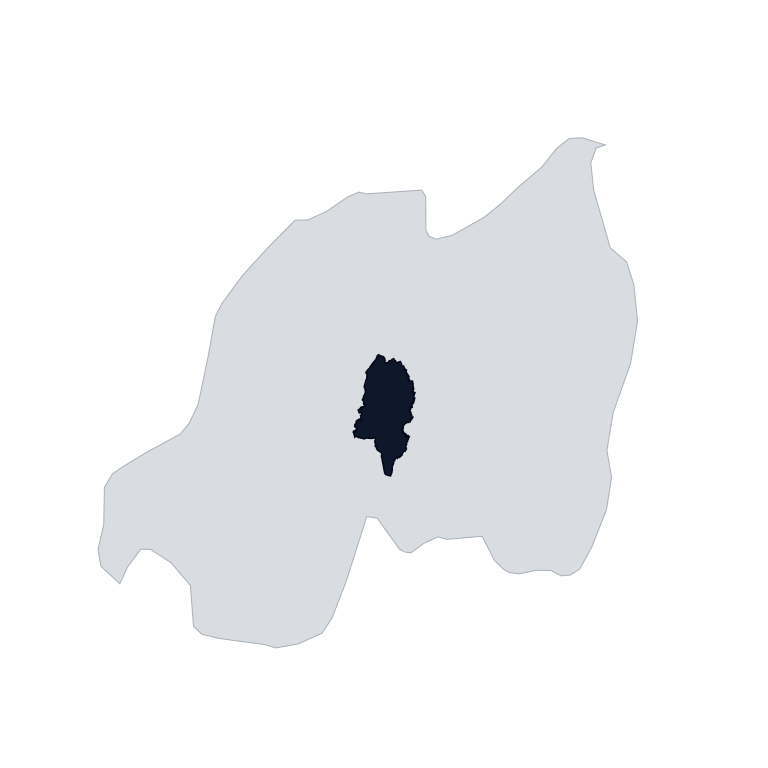 Kamonyi, Southern, Rwanda (highlighted), rotated 14°
{"feature_id": "39286606B23352434464252", "entity_name": "Kamonyi", "entity_type": "district", "adm_level": 2, "iso_a3": "RWA", "parent_name": "Rwanda", "parent_adm1": "Southern", "projection": "equal_earth", "projection_center": [29.885, -2.028], "detail": "fine", "context": "in_parent", "style": "filled", "palette": "ink", "viewbox_px": 768, "rotation_deg": 14, "n_neighbors": 0, "source": "geoboundaries", "source_scale": "gbopen_adm2", "svg_char_len": 7093}
<svg xmlns="http://www.w3.org/2000/svg" viewBox="0 0 768 768"><g transform="rotate(14 384 384)"><path d="M313.2,203.9L321.2,203.7L373.8,186.7L379.1,192.0L387.5,224.9L392.0,229.7L399.4,230.9L414.1,223.3L441.2,197.6L453.0,182.0L466.9,160.0L484.7,135.2L494.6,113.6L504.3,100.9L517.0,97.1L531.1,98.1L540.9,98.5L532.8,103.7L531.2,119.5L540.4,144.8L570.6,197.2L589.9,206.8L602.4,227.2L614.7,261.5L618.3,304.4L613.3,356.0L616.3,394.4L627.4,419.6L630.3,452.2L625.0,492.4L618.6,516.4L611.0,524.3L602.4,527.3L590.8,524.6L576.6,528.0L561.2,535.5L551.5,536.6L545.4,535.1L534.1,528.7L516.1,508.0L482.5,519.5L473.4,519.2L461.1,529.1L451.1,541.2L445.0,542.0L438.8,540.4L409.9,515.9L399.4,516.7L395.0,585.4L390.2,623.6L384.3,640.6L363.6,657.0L342.8,666.3L331.4,665.7L285.6,670.8L267.7,670.9L257.8,665.2L244.9,626.3L220.7,609.0L197.4,600.9L187.9,603.2L179.5,623.5L176.0,641.8L153.4,629.3L146.6,613.8L146.0,587.7L137.7,551.9L142.3,536.7L151.2,526.8L169.9,507.9L198.4,481.8L204.5,469.3L208.6,448.5L206.7,400.1L204.0,359.2L207.4,344.7L220.4,313.1L237.8,280.7L258.2,246.5L270.5,243.2L286.6,230.3L303.6,211.1L313.2,203.9Z" fill="#d9dde1" stroke="#a8b0b8" stroke-width="1"/><path d="M412.2,376.7L411.6,376.1L411.4,375.1L410.9,374.2L410.5,374.3L410.7,375.1L410.5,375.4L409.5,374.7L408.8,375.2L408.4,375.1L408.1,374.7L407.4,374.8L407.2,374.4L407.5,373.5L407.0,373.4L406.7,372.5L406.5,372.4L406.1,372.6L405.8,372.3L406.0,371.6L406.5,371.0L406.5,370.7L406.4,370.5L405.8,370.4L405.1,369.3L404.7,369.2L404.1,369.4L403.9,369.3L403.8,368.3L403.7,368.0L403.2,367.6L402.6,367.5L402.4,367.1L402.3,366.8L402.5,365.6L402.4,365.0L401.3,364.5L400.6,365.0L400.3,364.9L399.7,362.9L399.1,362.9L398.6,361.7L397.0,362.3L396.5,362.3L396.4,361.7L396.5,361.0L396.4,360.6L394.5,358.2L393.4,358.8L392.5,359.9L391.4,359.8L390.7,360.0L390.1,359.8L389.5,358.7L388.2,358.2L387.8,357.4L387.1,357.1L385.8,358.2L385.2,359.6L384.0,359.9L383.5,360.3L383.2,360.6L383.1,361.5L382.9,361.9L381.5,362.6L380.8,363.3L380.4,363.5L379.6,362.9L379.4,362.2L379.4,360.9L378.4,358.9L377.6,358.2L376.3,357.5L375.3,357.7L374.4,357.4L374.1,357.4L373.3,358.0L372.8,357.3L372.3,357.2L371.9,356.8L370.9,357.8L370.6,358.2L370.8,358.8L370.6,359.4L370.8,360.0L370.4,360.1L370.5,360.7L370.2,361.3L370.4,362.4L370.3,363.0L369.7,363.0L369.6,364.3L369.1,364.3L368.8,364.7L368.8,365.3L368.5,365.7L368.5,366.0L368.1,366.3L368.3,366.7L367.9,366.9L367.9,368.0L367.2,368.2L367.3,368.7L367.2,369.4L366.8,369.7L366.8,370.4L366.3,370.6L366.3,371.5L366.1,372.3L365.4,373.2L365.3,373.7L364.8,374.0L364.5,374.6L364.5,376.0L363.9,376.1L363.7,376.4L364.0,377.9L365.0,378.1L365.2,379.0L365.9,382.4L365.8,383.1L365.9,383.5L365.7,383.9L365.8,384.2L365.4,385.4L365.5,386.3L365.4,386.7L365.6,387.7L365.4,388.9L365.6,389.3L365.3,391.0L365.9,391.9L365.9,392.4L366.6,392.7L366.8,393.0L366.9,393.9L367.2,394.1L367.7,395.6L368.0,397.6L367.9,398.0L367.7,398.3L367.8,399.2L367.2,400.1L367.1,401.1L367.4,402.9L366.9,403.7L366.9,404.7L367.1,404.9L367.6,404.9L368.5,405.8L368.7,406.7L369.0,407.6L368.9,407.9L369.3,408.7L369.5,408.9L370.3,409.0L370.5,408.9L370.6,409.6L370.3,410.0L370.1,411.0L369.3,411.3L368.9,411.2L367.9,411.6L367.3,412.3L367.3,412.6L367.0,412.6L367.0,413.0L366.3,414.5L365.3,415.1L365.2,415.4L366.9,418.1L367.3,418.0L367.8,417.3L368.7,416.9L368.7,417.4L369.0,417.8L369.5,417.9L369.5,419.3L369.2,420.1L368.9,420.3L369.5,421.0L369.6,422.6L369.8,423.1L370.7,423.9L371.3,424.8L371.0,424.8L370.6,425.4L370.3,425.5L370.0,425.5L368.4,424.0L367.5,425.3L367.0,425.4L366.4,426.3L366.7,426.4L366.7,426.7L366.3,427.0L366.5,427.1L366.6,427.7L366.5,427.8L366.8,428.1L366.4,428.4L366.6,428.8L366.4,428.9L366.4,429.5L366.3,429.3L365.6,430.1L365.5,430.9L365.7,431.1L365.7,432.1L366.1,432.6L366.9,432.8L367.4,433.3L367.7,433.3L368.3,433.7L368.7,434.2L368.6,435.0L369.0,436.2L368.9,436.5L367.7,435.7L367.6,436.4L366.2,436.7L366.2,437.6L365.9,437.5L365.7,438.1L366.4,438.8L366.9,439.8L367.3,439.6L367.5,439.7L367.7,440.6L367.9,441.1L367.8,441.6L368.5,442.6L368.7,441.9L369.5,441.7L371.1,441.7L372.2,442.3L373.2,441.8L373.8,441.9L374.2,442.1L375.7,441.9L376.6,441.9L377.0,442.2L377.8,442.1L378.3,441.7L378.8,441.6L379.6,440.9L380.0,440.8L381.1,440.2L381.6,440.5L382.8,440.3L383.4,439.9L384.4,440.1L385.6,439.4L386.1,439.5L386.9,439.2L388.0,438.3L388.5,438.2L388.9,438.5L389.3,440.1L389.0,440.5L389.1,441.0L388.9,441.2L389.1,442.5L390.0,443.6L390.5,445.6L390.4,446.0L390.6,446.0L390.8,446.5L391.3,446.5L391.6,446.8L391.8,447.6L392.0,447.7L392.7,448.7L393.5,449.2L393.4,449.5L393.6,449.7L397.5,451.2L398.0,451.1L398.6,451.6L398.7,452.8L399.0,455.0L400.4,457.4L400.9,458.9L402.5,462.1L405.6,469.0L406.5,470.6L407.6,471.5L412.4,471.7L412.6,471.5L412.7,470.5L412.6,470.0L413.0,469.5L412.8,469.2L412.8,468.6L413.1,467.6L412.8,466.6L412.9,466.3L412.8,465.2L412.6,464.9L412.4,463.8L412.1,463.3L412.3,462.6L411.9,461.3L412.5,459.8L412.4,459.3L412.5,458.6L412.3,458.5L412.3,456.2L412.8,455.8L412.9,455.4L413.0,453.4L413.4,453.0L413.7,452.5L414.6,452.7L414.9,453.0L415.2,452.4L416.1,451.3L416.6,451.5L416.9,450.9L417.2,450.9L417.5,450.5L418.8,448.3L418.7,447.0L419.2,445.2L419.9,444.2L420.6,444.3L420.8,444.1L421.1,442.6L421.5,441.9L421.2,440.8L420.9,440.5L420.6,440.5L420.2,439.3L420.2,438.1L420.7,437.4L420.6,436.9L420.2,436.5L420.0,436.0L420.3,434.8L420.7,434.3L420.8,433.9L420.6,432.6L421.0,431.5L420.9,430.5L421.1,429.5L420.4,430.0L420.4,428.5L420.1,428.2L419.9,428.2L419.7,429.1L419.0,428.9L418.4,428.2L418.2,429.1L417.7,429.1L417.5,428.9L417.8,428.5L417.7,428.0L417.4,427.4L417.0,427.1L416.6,427.0L416.6,427.8L416.4,428.1L416.1,427.4L415.7,427.0L415.0,427.6L414.9,427.5L415.1,426.9L415.0,426.6L414.2,426.6L414.3,425.5L414.2,425.4L413.7,425.7L413.4,424.0L413.0,424.4L412.4,424.1L413.3,423.3L413.3,423.0L413.0,423.0L413.0,422.7L413.3,421.9L413.3,421.6L412.8,421.2L412.4,419.5L412.6,419.2L413.1,419.6L413.5,418.4L414.0,417.9L414.1,417.1L414.6,416.2L415.0,416.4L415.3,416.4L415.4,415.8L415.8,415.0L416.2,415.0L416.5,414.6L417.1,414.4L416.7,415.3L416.9,415.5L417.9,414.6L418.6,414.4L418.5,413.6L417.7,413.0L417.6,412.7L417.8,411.6L418.0,411.5L418.3,411.9L418.4,411.1L418.9,411.2L419.3,410.9L419.5,411.3L419.6,410.8L420.2,409.3L419.9,408.9L418.9,409.4L418.6,408.5L418.2,408.2L418.5,407.8L418.5,407.5L417.5,407.6L417.7,407.0L417.2,406.5L417.3,406.2L417.3,405.8L416.3,405.4L416.3,405.1L416.8,404.9L416.6,404.6L416.0,404.6L415.6,404.2L415.2,404.3L415.2,404.0L415.5,403.7L415.7,402.7L415.1,403.2L414.7,402.9L414.7,402.7L415.2,402.3L415.9,401.1L415.9,400.9L415.3,400.5L415.2,400.1L415.4,399.8L416.3,400.1L417.0,399.7L416.4,398.4L416.0,397.1L416.1,396.8L416.5,397.0L416.6,396.7L415.9,395.7L416.0,395.5L416.6,395.7L417.3,395.2L417.2,393.6L417.3,393.0L417.2,392.4L417.3,391.8L417.2,391.1L417.3,390.5L417.2,390.2L416.9,390.3L416.8,391.0L416.6,391.2L416.0,390.8L416.4,390.3L416.0,389.0L416.0,387.9L415.3,387.3L415.4,387.2L415.9,387.0L416.1,385.6L415.6,386.1L415.5,385.2L415.2,384.9L415.1,385.6L414.4,385.0L414.4,384.2L413.4,383.2L413.3,382.6L413.7,382.5L413.9,382.3L414.0,382.0L412.9,381.9L413.0,381.3L413.6,381.0L413.6,380.6L413.3,379.9L412.7,379.3L412.2,376.7Z" fill="#0f172a" stroke="#020617" stroke-width="1.5"/></g></svg>